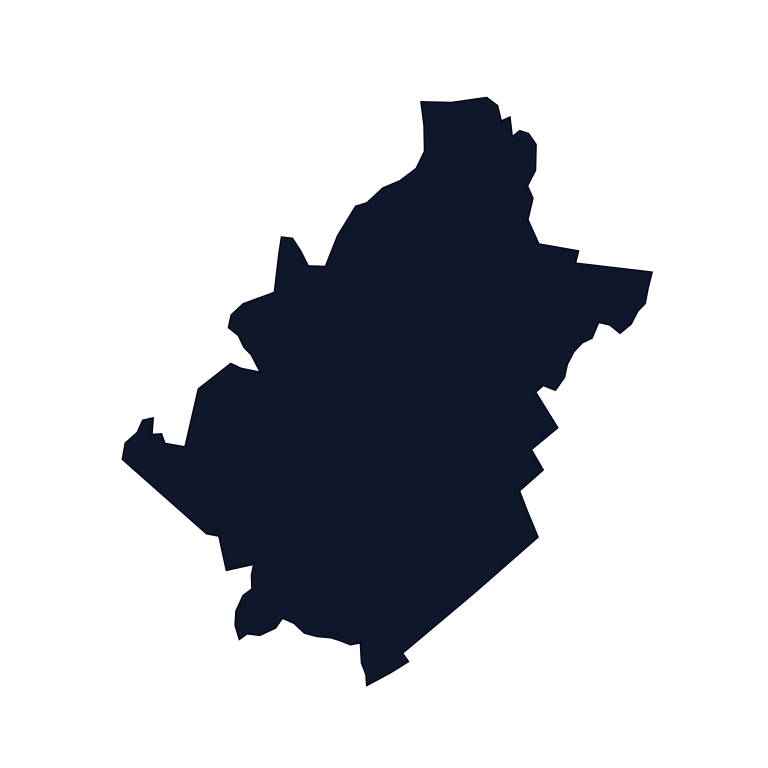 Erebango, Rio Grande do Sul, Brazil, rotated 10°
{"feature_id": "56859067B55253671432658", "entity_name": "Erebango", "entity_type": "district", "adm_level": 2, "iso_a3": "BRA", "parent_name": "Brazil", "parent_adm1": "Rio Grande do Sul", "projection": "equal_earth", "projection_center": [-52.321, -27.826], "detail": "fine", "context": "isolated", "style": "filled", "palette": "ink", "viewbox_px": 768, "rotation_deg": 10, "n_neighbors": 0, "source": "geoboundaries", "source_scale": "gbopen_adm2", "svg_char_len": 1401}
<svg xmlns="http://www.w3.org/2000/svg" viewBox="0 0 768 768"><g transform="rotate(10 384 384)"><path d="M628.6,227.3L551.6,231.7L552.5,219.2L512.2,219.2L497.2,197.2L498.4,175.1L490.9,164.0L496.1,147.3L492.2,121.7L482.8,112.2L473.6,111.0L467.4,118.2L461.7,99.2L453.8,104.6L447.5,90.2L435.4,84.0L401.3,95.1L371.4,99.7L378.5,122.4L383.5,147.8L378.2,166.3L364.3,181.1L348.8,191.2L335.6,208.6L325.2,213.9L312.5,246.2L305.9,278.4L288.9,280.9L278.7,267.3L268.5,256.4L257.5,257.1L257.8,273.0L260.1,312.8L231.4,329.4L221.5,342.6L221.0,355.5L232.1,361.5L239.7,372.2L248.1,378.2L260.1,393.9L240.5,393.4L229.5,390.4L202.0,421.1L198.9,480.5L178.5,480.5L173.6,471.7L164.3,474.0L162.6,457.4L152.7,461.6L149.3,474.7L139.4,487.2L139.4,503.6L235.2,562.3L247.8,562.5L261.1,594.9L286.9,584.2L286.7,595.5L289.5,608.7L281.9,616.8L277.6,633.7L279.3,647.7L285.9,660.7L292.6,653.8L305.4,653.1L319.6,643.1L324.6,632.3L336.9,635.3L348.8,643.1L361.8,644.3L375.9,643.1L384.9,644.3L396.3,646.6L405.7,643.1L410.2,662.5L416.7,673.4L419.3,684.0L440.4,667.4L456.3,653.1L449.0,645.9L469.4,621.6L509.0,574.3L562.3,508.0L546.7,483.5L536.0,465.7L555.7,441.0L540.5,423.0L562.7,396.9L534.8,365.7L541.1,357.8L553.9,360.4L560.6,346.1L561.1,332.9L565.4,319.3L572.0,309.1L581.0,302.6L584.7,286.0L596.1,286.7L607.6,293.1L617.0,282.0L621.3,268.2L627.2,259.4L627.5,242.8L628.6,227.3Z" fill="#0f172a" stroke="#020617" stroke-width="1.5"/></g></svg>